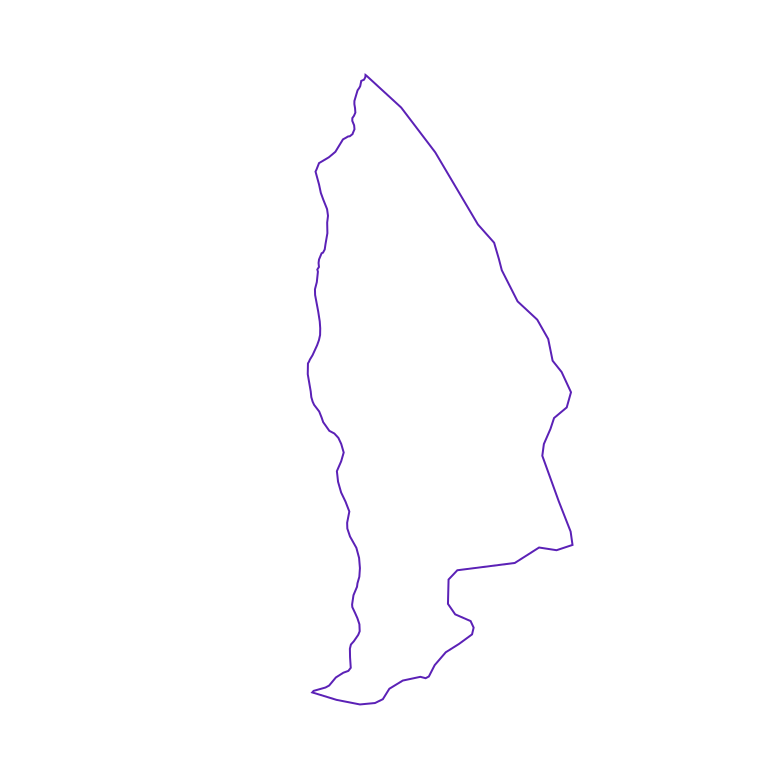 Mayo-Tsanaga, Extrême-Nord, Cameroon (Natural Earth projection), rotated 340°
{"feature_id": "32672807B48868778994443", "entity_name": "Mayo-Tsanaga", "entity_type": "district", "adm_level": 2, "iso_a3": "CMR", "parent_name": "Cameroon", "parent_adm1": "Extrême-Nord", "projection": "natural_earth1", "projection_center": [13.657, 10.578], "detail": "fine", "context": "isolated", "style": "outline", "palette": "violet", "viewbox_px": 768, "rotation_deg": 340, "n_neighbors": 0, "source": "geoboundaries", "source_scale": "gbopen_adm2", "svg_char_len": 1982}
<svg xmlns="http://www.w3.org/2000/svg" viewBox="0 0 768 768"><g transform="rotate(340 384 384)"><path d="M535.8,288.9L526.8,266.2L511.4,183.9L494.7,130.1L473.3,88.9L472.3,87.3L471.4,89.3L469.3,91.2L466.3,91.4L463.5,96.0L461.9,97.4L459.6,99.0L453.0,107.9L451.9,110.8L451.1,115.0L449.9,119.2L447.5,121.7L445.2,123.3L444.2,125.9L444.4,130.7L443.4,134.5L440.7,137.4L439.9,138.4L436.6,139.5L434.9,139.1L432.3,139.6L429.1,140.1L417.7,149.2L409.7,152.1L398.5,154.2L394.0,159.3L392.3,161.0L391.2,174.3L390.0,182.8L390.0,190.0L390.3,199.4L390.3,200.3L388.9,206.8L385.8,212.9L382.4,222.9L377.0,232.3L374.3,237.3L371.6,239.7L370.1,239.8L365.5,244.8L363.9,247.9L362.9,251.8L360.5,253.6L360.3,255.9L355.7,265.3L351.5,271.4L349.7,276.8L347.0,293.2L345.0,303.3L343.1,309.9L340.7,316.1L338.4,319.7L337.9,320.5L334.4,324.7L326.7,332.5L322.7,335.7L321.1,337.4L319.6,338.6L315.7,348.7L312.6,365.9L311.2,371.5L310.9,376.2L311.2,379.7L313.7,387.7L313.9,394.2L313.8,399.0L316.6,409.3L320.4,413.5L322.7,419.0L323.3,425.7L322.7,434.6L317.3,442.0L313.5,446.0L309.9,449.8L308.8,454.4L307.4,460.1L306.6,471.3L307.6,481.4L307.8,492.0L301.9,501.8L300.1,507.3L299.9,515.7L302.0,528.5L301.1,538.9L298.4,548.8L294.9,556.7L290.9,562.2L289.3,565.3L283.1,572.0L278.6,580.3L277.9,582.9L278.5,589.2L278.9,595.0L278.7,601.4L276.6,608.0L274.0,610.9L267.7,615.4L263.8,617.5L261.4,621.1L258.6,629.3L255.7,639.3L252.4,641.4L247.0,641.4L238.4,643.3L229.3,648.6L225.2,649.2L212.9,648.3L211.1,649.3L231.4,664.6L251.8,676.9L266.4,680.7L275.1,679.8L284.8,672.2L300.2,669.1L318.0,671.6L322.5,674.7L326.1,674.2L335.5,665.5L350.3,657.2L365.6,653.9L381.1,649.4L384.9,643.6L384.3,636.4L372.1,624.8L368.9,612.5L377.8,589.8L389.2,584.1L445.7,596.9L473.8,590.7L489.3,599.2L506.1,599.7L508.9,586.5L508.1,553.8L508.2,505.6L513.7,495.1L525.0,483.2L532.2,474.1L547.7,468.5L556.9,455.7L555.0,433.5L550.4,419.8L553.7,397.9L550.0,376.0L537.8,352.1L533.6,317.4L534.7,306.0L535.8,288.9Z" fill="none" stroke="#5b21b6" stroke-width="2"/></g></svg>